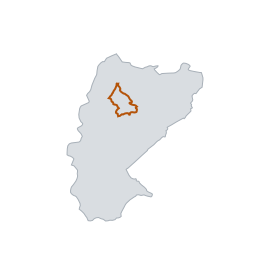 Sanmatenga on a map of Burkina Faso (orthographic projection), rotated 318°
{"feature_id": "BFA-2825", "entity_name": "Sanmatenga", "entity_type": "Province", "adm_level": 1, "iso_a3": "BFA", "parent_name": "Burkina Faso", "parent_adm1": "", "projection": "orthographic", "projection_center": [-1.043, 13.248], "detail": "fine", "context": "in_parent", "style": "outline", "palette": "amber", "viewbox_px": 256, "rotation_deg": 318, "n_neighbors": 0, "source": "natural_earth", "source_scale": "10m", "svg_char_len": 4474}
<svg xmlns="http://www.w3.org/2000/svg" viewBox="0 0 256 256"><g transform="rotate(318 128 128)"><path d="M185.4,157.6L179.4,157.9L177.2,158.6L175.9,158.6L175.9,158.0L175.7,157.7L168.2,155.9L162.9,154.9L157.6,153.7L157.3,154.8L156.5,155.5L155.3,155.6L154.5,155.4L154.0,156.3L153.1,157.4L151.9,158.0L150.7,158.7L150.0,159.3L149.5,159.4L148.3,157.9L146.6,157.7L143.6,158.0L142.2,157.6L140.4,157.4L135.9,157.7L128.9,157.1L127.7,157.4L127.4,157.7L120.5,157.7L112.8,157.8L106.4,157.8L100.8,157.8L100.7,157.6L98.9,157.5L98.7,158.0L97.1,163.9L96.9,167.1L97.7,169.1L98.7,170.3L99.8,170.9L99.9,171.6L99.0,172.5L99.1,173.5L100.1,174.4L100.3,175.5L99.8,176.5L99.9,179.1L100.6,183.2L100.6,185.9L99.9,187.1L100.3,189.1L101.6,192.1L101.9,193.3L101.4,193.9L100.2,194.6L99.0,194.6L97.7,192.8L97.1,192.0L96.0,190.2L95.1,188.4L93.8,187.6L92.6,186.9L91.1,184.6L89.6,183.5L88.1,183.8L85.9,183.3L81.3,182.7L76.5,182.8L74.4,183.3L72.4,184.1L67.4,185.9L65.4,186.8L63.8,189.1L62.1,189.0L60.4,188.2L59.3,187.2L57.0,187.4L54.8,186.3L52.7,184.3L51.1,183.6L49.1,182.1L48.6,179.4L47.3,177.4L46.2,174.8L44.4,173.5L42.4,172.8L39.7,172.9L37.8,171.8L36.4,170.2L36.8,168.9L37.5,167.0L37.6,165.1L38.1,162.1L37.9,158.4L37.4,155.7L38.9,154.6L40.7,153.7L41.9,151.9L43.1,147.9L43.6,144.5L43.3,143.2L42.7,142.2L42.2,140.7L42.0,138.9L42.3,137.3L43.7,135.8L45.4,134.6L46.6,134.0L49.8,133.5L53.7,132.6L56.0,131.6L57.7,130.6L58.6,129.8L59.6,128.1L61.1,126.8L62.3,125.5L62.5,121.9L62.5,119.8L61.7,118.6L61.2,117.6L67.1,114.8L67.1,112.8L66.4,110.5L65.2,108.7L64.8,107.1L66.5,105.3L67.9,103.9L69.0,102.8L71.3,101.0L73.7,100.5L75.8,101.2L82.1,105.6L83.2,105.8L84.6,105.5L86.3,104.4L88.5,103.6L89.3,100.7L89.2,96.6L89.8,94.7L90.9,94.3L94.6,95.2L95.5,95.2L96.6,95.0L97.4,94.2L97.3,92.9L97.2,91.7L98.4,87.8L100.6,84.9L105.0,81.3L106.4,80.6L108.0,80.3L115.8,82.8L117.1,82.2L119.1,76.0L121.2,75.4L123.8,75.3L125.4,74.8L126.3,74.4L130.0,72.0L136.6,68.8L140.2,67.5L140.9,67.0L143.4,64.7L146.8,62.1L148.9,61.6L151.9,61.4L153.8,61.8L154.3,62.5L154.9,62.9L158.7,61.8L164.3,63.5L169.1,65.2L168.8,66.3L168.8,68.3L168.4,71.3L167.9,75.0L169.9,77.4L172.3,79.9L173.0,80.9L172.3,83.5L172.8,84.9L174.1,87.4L176.2,90.5L178.4,93.7L180.0,94.1L181.4,94.4L182.3,94.9L183.6,95.5L184.9,95.8L186.0,96.5L186.7,97.2L187.6,99.2L190.1,100.5L191.9,101.8L191.2,102.4L189.0,102.2L187.0,101.6L186.7,102.6L186.7,106.2L187.0,109.3L187.5,109.7L189.6,110.2L194.5,114.1L198.9,117.8L200.4,118.7L202.8,119.1L205.6,119.2L206.7,118.8L209.4,116.9L210.8,116.7L212.1,116.7L212.8,117.0L214.1,118.5L215.3,120.8L215.7,122.5L215.6,123.5L215.2,123.8L213.0,124.3L212.1,124.6L211.8,125.1L212.2,126.3L212.6,127.0L215.0,130.3L218.5,134.8L219.6,135.9L219.0,137.3L217.3,140.8L216.0,142.3L210.3,147.3L207.4,146.8L201.5,147.9L200.6,146.7L199.2,146.6L197.5,146.8L196.8,147.2L196.7,147.7L196.1,148.4L195.0,150.4L194.1,150.9L193.1,151.2L191.8,151.2L191.0,151.5L191.0,152.4L190.8,153.3L189.9,153.7L189.5,154.7L189.6,155.6L189.1,156.1L188.0,155.8L187.3,155.6L186.7,156.8L185.9,157.6L185.4,157.6Z" fill="#d9dde1" stroke="#a8b0b8" stroke-width="1"/><path d="M148.9,118.1L148.3,118.0L147.4,118.1L147.1,118.7L147.2,119.5L147.2,120.0L146.5,120.7L145.6,121.4L145.0,121.7L144.3,121.5L143.2,120.8L141.6,118.9L140.6,118.3L139.6,118.4L139.2,118.3L139.2,118.2L138.7,118.1L138.5,118.4L138.5,118.6L138.4,118.9L138.3,119.2L138.0,119.1L137.8,118.8L137.9,118.6L138.2,118.4L138.3,118.1L138.3,117.8L138.1,117.7L137.9,117.6L137.9,117.3L137.4,116.5L136.3,115.7L135.2,115.1L134.0,114.8L133.3,114.6L133.0,114.1L132.8,113.8L132.4,113.8L131.6,113.6L130.8,113.6L130.2,113.6L129.6,113.3L129.0,112.9L128.6,112.7L128.8,112.5L129.1,111.6L129.8,110.6L129.7,110.1L129.3,109.3L129.3,108.6L130.1,107.8L131.4,107.3L132.7,107.1L133.7,107.1L134.4,107.2L134.5,106.6L134.4,105.6L134.5,105.0L134.8,104.3L135.0,103.7L134.4,102.4L133.5,101.4L133.1,100.4L133.7,99.7L134.0,98.8L133.6,97.7L133.6,97.2L133.9,96.8L134.3,96.1L134.7,95.1L134.5,94.3L133.7,93.0L134.6,92.9L135.6,92.6L136.7,92.5L137.8,92.5L139.6,91.7L140.1,91.8L141.8,91.0L144.7,90.3L148.0,88.7L149.2,87.5L149.5,87.5L149.8,88.1L150.1,88.5L150.3,88.6L149.2,89.5L149.0,90.3L149.1,91.6L148.8,93.1L148.4,93.9L147.9,94.1L147.3,94.5L147.1,95.3L147.1,96.6L147.7,99.2L148.1,99.9L148.5,100.3L148.8,101.9L149.1,103.1L149.4,104.4L149.2,105.7L148.8,107.0L148.6,108.5L148.8,109.9L148.7,110.8L148.4,111.2L147.7,111.4L146.2,110.4L145.8,110.5L145.7,110.9L145.8,111.5L146.3,112.8L147.2,114.2L148.2,115.4L148.8,116.6L148.9,118.1Z" fill="none" stroke="#b45309" stroke-width="2"/></g></svg>